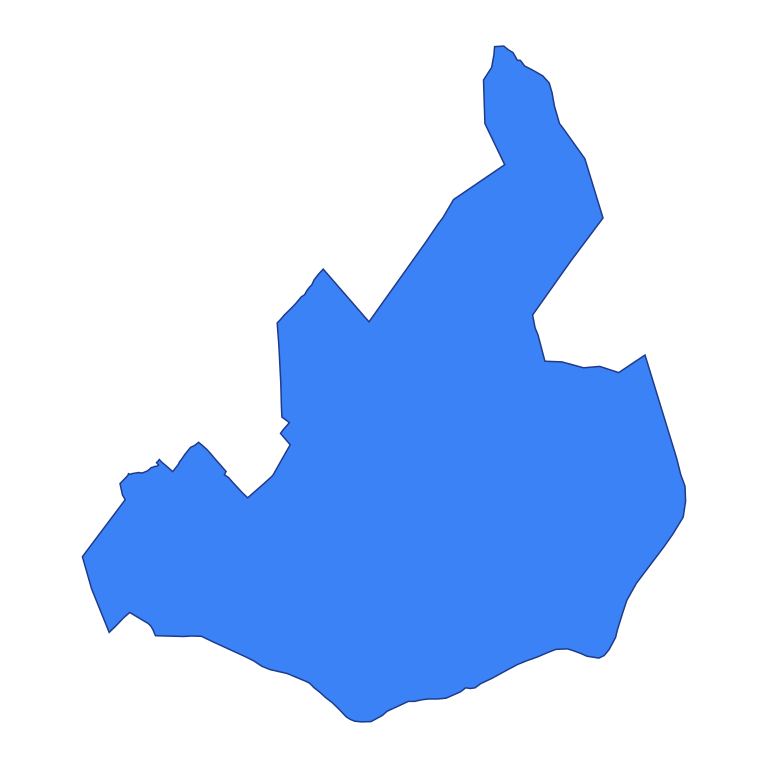 outline of Hadejia, Jigawa, Nigeria
{"feature_id": "59680162B39799007570945", "entity_name": "Hadejia", "entity_type": "district", "adm_level": 2, "iso_a3": "NGA", "parent_name": "Nigeria", "parent_adm1": "Jigawa", "projection": "robinson", "projection_center": [10.051, 12.466], "detail": "fine", "context": "isolated", "style": "filled", "palette": "blue", "viewbox_px": 768, "rotation_deg": 0, "n_neighbors": 0, "source": "geoboundaries", "source_scale": "gbopen_adm2", "svg_char_len": 2562}
<svg xmlns="http://www.w3.org/2000/svg" viewBox="0 0 768 768"><path d="M367.1,721.7L371.0,721.6L382.3,715.5L387.0,711.3L408.3,701.4L414.5,701.4L422.2,699.7L428.2,699.0L437.2,699.0L446.0,698.2L460.5,691.8L465.7,687.8L470.4,688.5L475.1,687.8L480.6,683.7L491.8,678.4L507.9,669.6L517.5,664.5L526.6,660.8L537.8,656.8L547.8,652.5L555.7,649.4L562.0,649.1L567.6,648.9L574.5,651.1L581.1,653.6L586.9,656.2L598.9,658.1L604.2,655.5L609.1,649.6L615.6,637.4L617.4,629.9L620.4,620.2L622.8,612.5L626.8,600.4L636.3,583.4L653.8,560.2L664.0,546.7L672.7,534.3L683.2,517.1L685.6,501.3L685.0,486.2L680.7,474.5L676.7,458.4L649.4,369.3L645.0,355.0L618.7,372.6L599.7,366.4L583.6,367.8L561.9,361.9L544.9,361.2L538.1,335.2L535.1,327.9L532.6,315.0L541.3,302.7L570.8,261.0L603.0,218.0L584.9,158.8L563.2,128.4L559.5,123.6L557.2,115.6L554.5,106.4L552.1,92.9L549.2,83.0L542.8,75.9L532.8,70.2L524.5,65.9L521.6,61.9L520.2,60.3L517.4,60.3L515.3,56.5L512.9,52.5L508.3,49.8L503.8,46.1L494.6,46.6L493.9,54.9L491.6,67.5L483.5,80.0L484.9,123.5L504.7,164.7L453.6,199.5L442.9,217.7L438.6,223.3L424.8,243.5L391.4,290.4L369.0,321.8L363.5,315.5L323.2,269.1L318.4,274.3L314.1,279.8L311.7,285.1L309.8,286.8L306.9,290.6L304.6,294.7L301.3,296.9L298.8,299.8L295.7,303.6L290.2,309.3L284.3,315.0L279.9,320.2L277.2,322.9L277.8,331.5L278.7,343.2L279.0,348.1L280.8,383.4L281.4,406.3L281.7,412.7L281.9,417.1L289.4,422.6L283.2,429.7L280.5,433.4L290.2,444.8L287.0,450.4L283.1,457.2L273.0,475.1L271.3,476.9L264.1,483.4L262.2,485.1L247.7,497.8L245.6,495.8L242.3,492.7L238.0,488.0L232.6,482.2L228.5,477.5L224.4,474.7L226.1,471.5L223.2,468.2L219.5,463.9L214.7,458.5L211.2,454.3L207.0,449.6L202.2,445.3L198.6,442.3L194.6,445.5L190.5,447.4L184.8,454.5L182.1,458.5L179.5,461.9L178.3,464.5L172.7,471.6L168.3,467.7L164.1,464.1L161.6,462.0L159.3,459.5L158.1,461.0L156.5,462.7L158.6,465.0L157.0,466.2L154.3,466.5L153.1,467.2L151.2,467.6L149.2,469.5L147.1,471.1L145.2,471.8L142.4,473.0L140.3,472.8L138.8,472.5L136.1,473.0L134.4,473.2L131.7,473.7L130.5,474.4L129.3,474.0L128.5,473.7L128.4,474.4L127.2,476.2L126.5,476.9L125.2,478.2L120.0,483.6L122.4,494.8L125.2,499.7L82.4,556.7L91.6,588.9L109.2,632.4L116.6,625.2L123.4,618.0L129.7,612.5L148.2,623.5L150.9,626.2L153.1,629.9L153.1,630.1L155.5,635.7L183.3,636.5L191.5,636.0L201.4,636.3L213.5,642.1L241.9,655.1L244.3,656.2L253.6,660.8L261.9,666.3L270.4,669.7L287.1,673.5L305.6,681.2L309.7,683.2L313.9,687.6L320.0,692.4L325.5,697.5L332.1,702.5L338.7,708.9L343.1,713.5L346.4,717.0L350.5,719.5L354.8,721.2L361.4,721.9L367.1,721.7Z" fill="#3b82f6" stroke="#1e3a8a" stroke-width="1.5"/></svg>